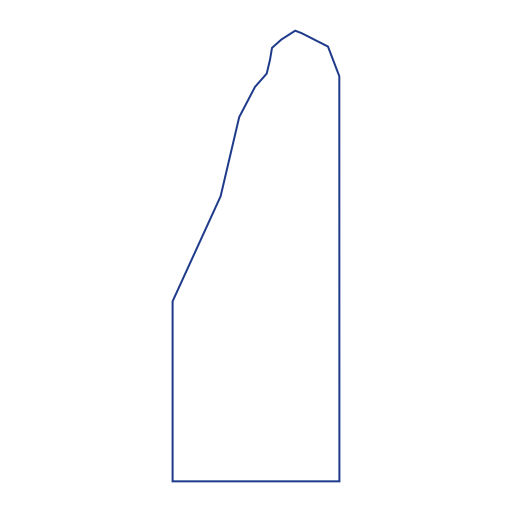 map outline of Buvuma (Natural Earth projection)
{"feature_id": "UGA-5598", "entity_name": "Buvuma", "entity_type": "District", "adm_level": 1, "iso_a3": "UGA", "parent_name": "Uganda", "parent_adm1": "", "projection": "natural_earth1", "projection_center": [33.174, -0.326], "detail": "fine", "context": "isolated", "style": "outline", "palette": "blue", "viewbox_px": 512, "rotation_deg": 0, "n_neighbors": 0, "source": "natural_earth", "source_scale": "10m", "svg_char_len": 358}
<svg xmlns="http://www.w3.org/2000/svg" viewBox="0 0 512 512"><path d="M339.4,481.3L295.2,481.3L242.5,481.3L189.8,481.3L172.6,481.3L172.6,481.2L172.6,301.3L220.6,196.3L239.2,117.1L255.0,86.9L266.7,73.6L270.0,59.8L272.0,47.9L281.4,39.5L295.2,30.7L301.5,33.1L328.0,46.6L339.3,76.2L339.4,481.2L339.4,481.3Z" fill="none" stroke="#1e3a8a" stroke-width="2"/></svg>